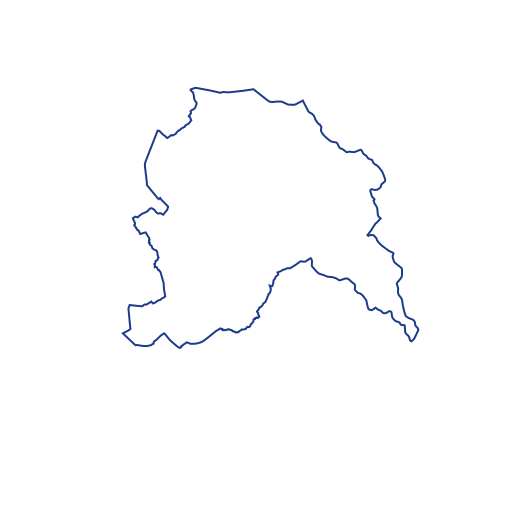 outline of Phra Phutthabat, Saraburi, Thailand, rotated 48°
{"feature_id": "78962969B27342930325122", "entity_name": "Phra Phutthabat", "entity_type": "district", "adm_level": 2, "iso_a3": "THA", "parent_name": "Thailand", "parent_adm1": "Saraburi", "projection": "orthographic", "projection_center": [100.827, 14.702], "detail": "fine", "context": "isolated", "style": "outline", "palette": "blue", "viewbox_px": 512, "rotation_deg": 48, "n_neighbors": 0, "source": "geoboundaries", "source_scale": "gbopen_adm2", "svg_char_len": 6144}
<svg xmlns="http://www.w3.org/2000/svg" viewBox="0 0 512 512"><g transform="rotate(48 256 256)"><path d="M224.4,406.7L241.6,405.3L242.1,404.4L247.2,400.2L249.6,397.7L251.9,394.1L252.2,391.7L252.6,390.8L251.5,389.5L251.3,388.3L251.7,386.2L251.4,379.5L251.8,377.9L251.8,376.6L252.2,375.8L259.8,376.2L262.5,376.1L270.4,375.1L273.3,374.2L273.7,372.8L272.9,371.6L273.4,370.7L273.3,369.0L273.6,367.7L273.7,365.4L277.5,363.3L279.0,361.7L281.2,358.9L283.0,355.3L283.5,353.8L284.1,350.9L284.5,345.9L285.0,336.0L286.0,330.9L286.7,330.9L287.3,330.0L287.7,329.9L288.3,330.5L288.8,330.4L289.1,329.7L289.7,329.6L290.1,329.0L290.4,328.1L291.0,327.9L291.5,326.7L291.8,325.5L292.9,325.1L293.0,324.8L293.7,324.5L294.5,323.8L295.2,323.6L296.2,323.8L296.8,323.0L297.6,322.9L298.3,322.5L298.7,322.2L299.6,322.1L299.6,321.7L300.2,320.6L300.8,320.2L300.7,319.8L300.8,319.4L300.7,318.9L301.2,316.2L301.0,315.9L301.9,315.0L303.4,312.3L303.4,312.0L302.8,310.9L303.0,309.9L303.1,309.5L304.0,309.0L304.3,308.6L304.1,306.9L303.3,305.7L303.4,303.9L303.0,302.9L303.0,301.9L301.6,300.4L301.8,299.9L301.7,299.3L302.1,298.9L301.6,298.4L302.1,297.9L302.0,296.8L302.3,296.5L303.0,296.4L303.3,295.9L303.1,295.1L303.4,294.3L302.6,293.7L300.9,293.5L300.1,292.6L298.2,292.6L297.8,292.4L297.8,290.8L296.6,287.9L297.0,287.5L297.1,285.5L297.0,284.3L296.2,282.5L296.5,279.8L295.8,278.5L294.8,276.0L293.9,274.6L293.5,273.3L292.6,272.2L292.7,270.5L291.6,268.3L290.1,266.8L287.3,265.6L288.4,265.1L289.1,264.4L289.2,263.9L287.6,261.2L286.4,260.0L285.8,259.1L285.6,257.2L285.0,256.2L284.6,255.2L284.8,253.0L284.5,251.7L282.6,251.0L283.9,247.7L284.3,245.3L285.5,242.8L286.1,240.7L287.9,239.0L289.2,231.9L289.6,227.0L290.3,225.8L292.3,224.3L293.1,223.2L294.1,217.1L294.3,216.8L295.0,216.8L296.4,217.3L297.7,218.1L300.0,220.5L300.7,221.1L301.5,221.3L308.1,221.4L311.2,221.0L315.5,218.5L319.2,216.7L323.3,213.0L326.5,211.3L329.5,210.5L330.1,210.1L332.3,205.2L333.1,203.9L334.0,203.1L335.7,202.6L340.0,202.2L342.3,201.7L343.4,201.7L344.2,202.2L345.8,203.6L346.6,204.7L348.0,205.2L351.4,205.0L353.7,203.7L354.7,203.4L356.2,203.2L358.8,203.2L363.0,203.8L367.5,206.5L369.8,207.6L370.8,207.8L371.6,207.7L373.6,206.4L374.3,203.7L374.3,201.8L377.5,201.2L380.4,199.8L383.4,199.7L384.9,198.4L385.5,197.6L386.0,194.4L386.3,193.8L386.8,193.3L388.0,192.9L388.6,193.0L391.7,195.2L393.1,195.8L394.0,196.0L396.2,196.0L398.0,195.7L400.9,194.0L401.8,193.9L403.3,194.3L404.4,194.2L405.0,193.9L406.3,192.2L407.0,192.0L407.6,192.3L412.2,195.9L413.1,196.3L414.2,196.5L417.2,196.2L418.5,196.4L421.9,198.0L423.0,197.8L423.5,197.5L423.3,193.9L422.8,192.4L419.8,185.2L419.1,184.5L418.0,184.1L414.9,184.1L413.9,183.9L411.9,182.4L409.9,181.8L408.3,182.0L404.6,183.9L401.7,184.8L400.6,184.8L396.2,182.9L390.6,179.7L387.7,177.7L385.9,176.7L384.6,176.3L380.0,175.9L379.0,175.4L377.3,174.2L375.3,172.1L370.9,170.0L370.5,169.5L370.2,168.4L369.6,163.9L369.0,161.8L367.9,160.3L363.5,156.3L362.4,156.0L360.8,156.1L357.6,156.7L354.4,157.2L353.0,157.2L351.4,156.7L348.4,155.3L347.4,154.4L346.3,152.3L345.5,152.0L341.1,153.8L332.3,155.6L328.4,155.8L325.8,155.6L324.8,155.4L324.1,154.9L323.3,154.7L319.7,154.7L318.8,155.1L317.9,155.9L316.6,157.8L316.2,159.0L315.1,159.2L313.8,152.2L313.3,151.1L311.8,145.3L312.0,144.6L311.5,138.3L309.4,138.5L308.2,138.4L306.9,137.9L302.0,134.2L300.2,133.4L296.1,132.7L293.4,131.5L293.6,131.1L293.5,130.6L293.4,130.3L293.0,129.9L290.2,130.1L288.8,129.8L284.0,127.5L283.4,126.3L283.6,125.5L285.9,123.9L287.1,122.6L287.7,121.8L288.2,119.9L288.3,117.8L287.7,116.3L287.0,115.6L286.8,114.8L286.7,113.8L286.8,110.8L286.7,110.1L286.1,109.2L284.6,108.3L278.6,106.0L276.4,105.6L272.1,105.3L269.5,105.5L267.4,106.3L265.6,106.4L264.8,106.4L262.8,105.6L262.1,105.6L258.8,107.3L255.1,107.0L252.1,107.8L248.2,106.9L247.5,106.9L246.9,107.4L244.8,113.0L244.0,114.1L240.9,116.8L239.7,119.1L239.3,119.3L235.2,120.0L232.0,121.4L231.0,121.4L226.9,120.3L225.8,120.3L225.1,120.6L221.9,123.1L219.8,123.9L218.0,124.2L213.2,124.8L210.7,124.8L207.8,124.4L206.2,123.8L203.8,121.1L203.2,120.9L202.2,120.9L201.1,120.6L199.7,121.1L196.9,121.1L196.0,120.7L194.4,120.6L191.2,119.3L189.5,119.1L187.4,119.3L184.7,120.3L183.6,120.3L171.8,117.2L171.2,120.1L170.6,121.8L169.9,125.0L168.9,126.8L165.0,130.8L158.9,133.4L157.8,134.2L154.6,137.9L152.6,140.8L150.6,142.5L148.6,143.2L130.4,146.3L124.4,155.3L116.2,166.7L111.9,170.9L111.1,173.1L101.4,180.0L91.5,187.6L90.4,188.6L88.5,193.1L89.2,193.7L92.1,193.4L94.5,194.4L98.0,196.8L100.1,197.5L101.8,197.5L102.6,197.8L103.4,198.7L105.2,202.2L105.3,204.0L104.7,205.6L104.6,207.8L104.8,208.0L105.7,208.3L106.5,208.9L106.6,210.2L106.9,210.9L106.9,211.6L107.2,212.5L108.6,212.1L109.6,212.6L111.8,213.2L112.6,217.1L111.7,221.3L112.3,222.2L111.3,226.5L111.5,228.5L110.9,229.6L111.2,233.0L111.5,233.9L110.7,237.3L109.4,238.1L109.4,239.9L109.0,242.8L108.8,243.1L105.9,243.3L103.2,243.9L98.3,244.1L97.0,245.2L111.5,274.1L112.8,276.4L114.0,277.7L115.4,278.8L128.3,287.9L130.3,289.6L147.1,290.4L148.7,290.2L148.7,288.4L151.8,288.7L153.6,288.5L160.6,288.3L162.2,291.0L163.2,297.3L160.4,298.3L159.7,299.0L159.0,300.3L158.6,300.6L156.7,300.9L153.8,300.6L151.3,301.3L150.1,302.2L149.8,303.5L150.1,307.0L149.4,309.6L148.6,311.7L148.0,316.0L148.2,318.0L146.2,319.2L145.9,319.6L145.6,322.3L150.8,324.0L151.4,324.6L151.4,325.6L151.7,325.9L152.5,326.1L154.8,326.1L155.3,326.5L157.5,326.8L158.0,326.3L158.3,326.2L162.2,327.3L164.6,322.2L169.9,323.2L170.9,323.2L171.8,324.0L172.8,324.2L172.9,325.1L173.6,325.9L174.9,326.0L174.8,326.8L175.8,326.9L177.1,327.3L177.8,326.9L178.5,326.9L179.7,327.2L180.3,327.7L181.4,327.8L182.5,327.6L185.2,326.4L186.9,326.7L187.8,327.2L188.6,328.0L191.3,329.3L191.6,329.8L192.1,329.7L192.5,331.3L193.0,331.8L192.7,333.5L192.5,333.9L194.2,336.2L194.0,337.0L195.6,337.6L196.1,338.4L196.5,338.7L196.9,337.8L197.8,337.3L200.8,338.0L201.3,338.0L201.6,337.5L204.2,337.8L214.4,342.8L219.2,346.7L225.2,350.4L225.3,351.8L224.5,354.4L224.6,356.5L223.6,358.4L223.0,362.7L222.3,364.3L221.1,364.2L220.5,364.6L219.8,364.4L218.8,369.8L217.5,371.3L217.4,371.6L217.2,374.2L214.3,377.0L207.9,382.7L209.6,385.9L226.2,398.2L225.9,401.0L224.4,406.7Z" fill="none" stroke="#1e3a8a" stroke-width="2"/></g></svg>